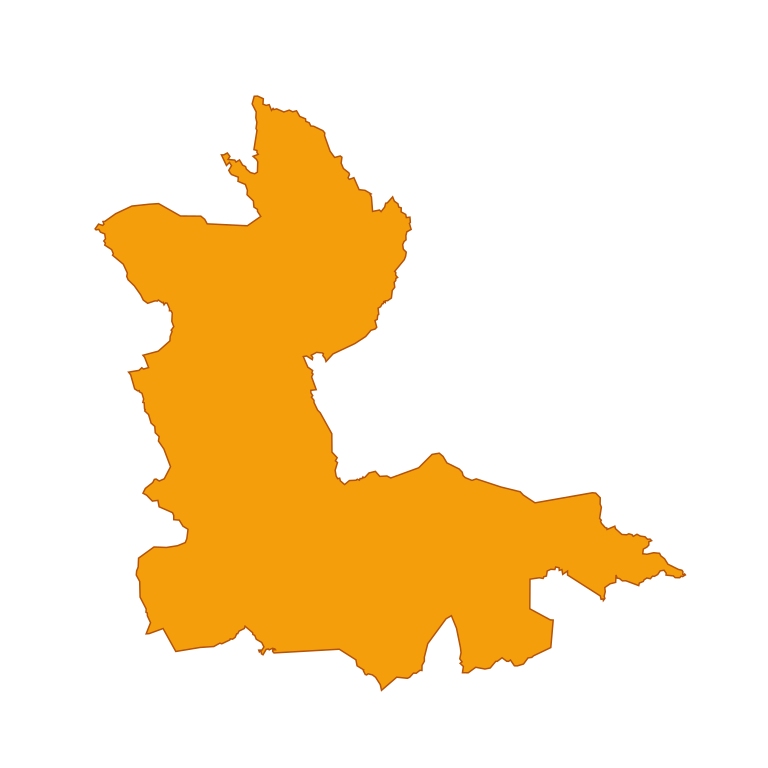 Uruapan, Michoacán, Mexico, rotated 172°
{"feature_id": "50627088B85692004459337", "entity_name": "Uruapan", "entity_type": "district", "adm_level": 2, "iso_a3": "MEX", "parent_name": "Mexico", "parent_adm1": "Michoacán", "projection": "robinson", "projection_center": [-102.127, 19.406], "detail": "fine", "context": "isolated", "style": "filled", "palette": "amber", "viewbox_px": 768, "rotation_deg": 172, "n_neighbors": 0, "source": "geoboundaries", "source_scale": "gbopen_adm2", "svg_char_len": 6136}
<svg xmlns="http://www.w3.org/2000/svg" viewBox="0 0 768 768"><g transform="rotate(172 384 384)"><path d="M472.5,687.0L475.6,679.7L472.7,671.2L473.9,665.4L473.5,660.7L475.2,654.8L474.5,652.8L480.2,634.2L477.3,632.9L477.6,630.8L476.6,628.9L482.0,627.7L478.9,624.0L478.1,621.5L479.9,611.4L482.8,610.2L486.9,612.0L490.4,616.0L490.8,618.5L493.6,620.5L495.9,626.0L499.7,624.4L500.6,626.5L507.2,628.1L504.9,630.8L507.0,634.6L510.8,633.2L513.1,633.5L509.6,622.3L506.2,624.9L504.6,621.4L508.0,617.2L506.8,614.1L505.8,612.6L499.5,609.1L500.4,605.0L493.5,600.9L492.3,594.9L493.3,590.5L487.9,583.5L488.2,577.3L485.0,574.5L485.3,572.6L482.7,567.1L497.3,559.7L536.8,567.2L538.6,572.0L542.0,575.7L562.2,578.7L582.1,594.0L591.3,594.7L608.9,595.3L626.0,590.0L637.8,583.9L639.7,584.0L639.1,581.3L640.5,580.2L644.4,582.1L648.5,577.8L647.7,576.7L644.9,576.8L643.7,573.9L639.7,571.5L639.6,566.5L641.6,564.6L640.3,562.4L641.2,560.4L635.0,555.0L633.9,550.6L634.9,549.3L625.5,538.9L622.7,529.6L623.8,526.3L622.9,522.8L617.6,516.0L612.5,506.1L610.7,500.6L606.8,496.8L599.2,498.2L596.8,497.7L595.8,498.6L592.2,495.3L591.3,495.6L590.8,493.0L589.1,494.7L587.5,494.2L585.9,488.5L586.3,486.4L584.8,486.2L583.8,483.8L585.4,475.6L584.2,470.0L587.3,466.9L586.5,465.6L589.1,460.9L590.0,456.5L603.0,447.9L618.7,446.0L617.3,443.7L614.8,433.0L620.1,432.3L621.6,433.8L624.7,431.6L635.3,431.3L633.6,428.4L631.6,413.9L628.9,411.5L627.3,411.5L627.4,410.4L625.0,408.5L624.1,402.6L625.4,399.3L624.1,398.8L624.6,392.9L624.4,392.0L623.7,392.5L624.7,390.6L621.4,386.5L620.1,377.7L616.9,373.9L617.3,367.6L614.0,363.2L615.3,358.9L611.0,350.2L606.9,331.8L614.8,320.7L620.1,319.2L622.9,321.6L624.7,321.5L626.7,318.6L634.9,313.8L637.9,309.4L634.5,306.9L629.7,300.3L624.1,300.2L623.8,293.7L611.3,286.0L610.5,283.0L611.1,278.9L605.7,277.7L602.9,271.2L598.3,267.4L600.8,258.2L602.9,254.6L610.9,252.6L622.1,252.4L634.5,254.6L651.3,245.7L652.9,237.0L655.0,233.3L655.9,229.3L653.4,222.4L655.2,206.9L650.8,194.3L651.5,191.1L650.3,190.2L650.6,187.4L648.4,180.1L654.3,169.7L651.3,169.5L636.8,172.6L627.4,148.1L602.4,148.7L589.1,147.7L582.6,150.2L580.8,149.3L572.3,152.0L571.8,153.0L569.4,152.4L566.7,153.8L564.6,157.2L563.6,157.1L561.9,159.5L556.4,161.3L555.3,163.5L548.7,156.0L548.7,154.2L547.0,153.0L546.0,149.0L541.1,145.1L539.5,140.4L541.9,137.5L545.1,137.9L544.7,136.0L543.0,136.9L542.9,133.9L541.5,132.7L537.6,137.6L535.4,137.7L534.7,136.7L531.2,137.8L529.0,136.9L528.5,136.0L531.1,136.3L531.5,134.7L530.4,133.0L465.2,127.6L450.2,114.8L449.9,108.7L443.9,103.7L444.4,103.1L443.0,99.0L441.7,98.3L440.0,99.2L436.0,97.6L433.1,94.7L429.5,86.8L429.1,81.0L412.2,91.9L401.7,89.3L399.3,90.1L395.1,93.6L392.3,93.1L388.2,95.5L386.3,95.0L385.5,100.1L382.6,103.9L382.1,107.8L376.8,120.8L355.2,142.9L349.5,145.2L346.2,132.1L345.0,112.6L345.1,107.2L347.2,101.3L345.4,98.0L347.5,96.8L344.7,93.2L346.5,87.2L340.8,86.3L332.6,90.7L323.7,87.7L318.3,88.0L311.9,93.8L310.4,93.6L305.2,96.5L301.1,92.4L299.2,92.0L297.2,93.1L294.1,86.8L291.2,86.3L284.8,87.3L279.5,92.7L275.7,92.7L273.8,94.0L255.5,99.8L249.3,126.7L252.2,127.3L270.9,141.1L266.6,170.4L257.2,170.5L253.5,169.3L252.5,170.9L249.9,171.2L248.4,176.1L244.6,177.3L240.6,176.5L239.5,178.9L236.2,177.7L236.4,175.0L233.7,175.5L233.5,170.6L228.3,173.2L228.8,169.3L199.3,144.0L199.0,140.6L196.9,140.6L196.9,139.1L195.1,140.9L195.5,143.2L193.8,147.5L193.7,151.7L187.9,154.7L182.2,155.3L180.8,162.6L180.1,159.3L177.9,158.6L175.4,155.9L171.9,155.5L159.8,148.9L158.9,151.3L154.7,152.4L153.7,153.9L150.7,155.3L147.3,154.1L144.9,156.3L143.0,155.9L139.5,157.2L136.5,160.5L132.6,160.6L130.9,157.4L131.3,155.5L124.2,153.7L122.6,151.7L118.1,151.0L116.6,152.3L115.2,151.7L112.1,153.0L112.7,154.0L113.6,153.1L114.6,153.8L114.1,156.6L114.9,158.1L118.2,159.4L127.9,166.0L130.5,171.9L133.8,175.3L134.7,178.0L140.5,179.4L147.3,178.8L151.4,179.9L150.2,184.4L146.5,185.8L144.2,187.6L143.7,190.9L140.8,191.6L142.1,193.4L144.7,193.6L146.8,196.4L151.3,197.7L154.4,200.0L158.4,198.4L159.3,200.2L162.4,201.6L164.7,200.9L169.4,201.9L174.9,208.5L175.2,211.1L183.4,208.9L183.4,210.4L184.8,210.9L188.1,215.8L188.6,218.0L187.8,218.9L189.2,220.9L185.9,231.7L186.7,235.0L185.7,241.2L189.5,246.5L192.8,247.3L251.0,245.3L261.5,254.6L264.1,258.3L282.5,265.7L305.9,277.2L310.3,276.3L316.6,280.0L318.4,282.3L318.9,285.9L321.4,289.4L332.7,297.1L335.6,304.1L338.9,307.8L346.2,307.6L361.3,296.2L390.4,290.0L393.9,292.5L401.0,293.1L404.7,298.7L411.3,298.0L415.8,294.3L417.2,294.0L417.8,294.9L419.0,293.4L420.9,293.7L421.7,292.2L423.7,293.4L425.1,292.6L431.7,293.2L437.0,289.9L440.7,294.2L441.0,296.9L443.1,296.7L444.2,299.5L444.4,305.3L441.0,312.7L442.8,314.7L440.6,317.5L445.0,323.8L442.6,342.0L451.2,364.4L453.4,367.4L455.9,375.4L455.6,377.6L457.7,381.1L456.2,382.4L457.6,385.4L457.4,387.9L451.9,387.8L454.7,401.1L452.9,403.7L453.9,405.0L452.8,407.3L457.1,411.3L460.1,422.4L456.7,422.5L451.6,418.1L450.9,420.2L452.1,422.6L446.4,424.7L440.9,423.4L439.8,422.5L440.6,420.6L438.8,417.6L438.3,414.3L430.3,420.9L407.2,428.1L395.5,433.6L389.5,439.0L385.1,439.7L383.3,441.2L384.1,448.1L381.7,448.9L380.7,453.0L379.5,453.7L379.3,459.9L376.6,461.0L374.5,463.8L373.5,463.7L372.8,465.5L371.4,464.5L371.2,466.2L368.8,466.0L364.7,468.1L362.8,475.5L359.9,478.3L359.8,483.3L358.0,484.8L357.5,487.0L355.7,487.6L357.3,490.1L356.8,492.9L357.8,494.0L346.6,504.3L344.8,507.5L343.6,511.5L346.1,514.8L346.1,519.5L344.3,522.3L342.1,523.7L341.7,527.8L340.2,531.5L335.6,533.3L336.5,539.5L335.4,540.4L335.1,545.6L338.7,545.7L338.9,548.9L343.1,552.1L342.4,556.0L344.8,557.2L345.1,560.5L348.3,563.6L349.4,568.1L355.5,562.9L357.2,562.8L358.7,559.1L362.9,555.1L364.2,556.9L371.3,556.5L370.4,570.9L371.3,573.6L370.3,574.0L375.8,578.4L381.6,579.9L385.1,592.5L389.9,591.5L390.9,593.2L389.0,596.3L389.4,598.0L394.2,603.0L395.7,608.7L394.1,614.4L395.6,615.9L401.3,615.2L402.4,617.1L405.0,622.0L408.3,638.2L407.7,640.8L409.2,643.3L417.7,649.0L420.6,649.7L421.7,653.1L424.9,655.0L424.8,657.5L430.2,660.7L432.6,666.7L436.6,666.3L439.7,668.4L445.3,667.3L452.0,671.4L454.9,671.1L455.5,672.3L457.3,670.6L458.8,676.6L462.0,676.3L464.9,678.0L463.8,683.3L469.1,686.7L472.5,687.0Z" fill="#f59e0b" stroke="#b45309" stroke-width="1.5"/></g></svg>